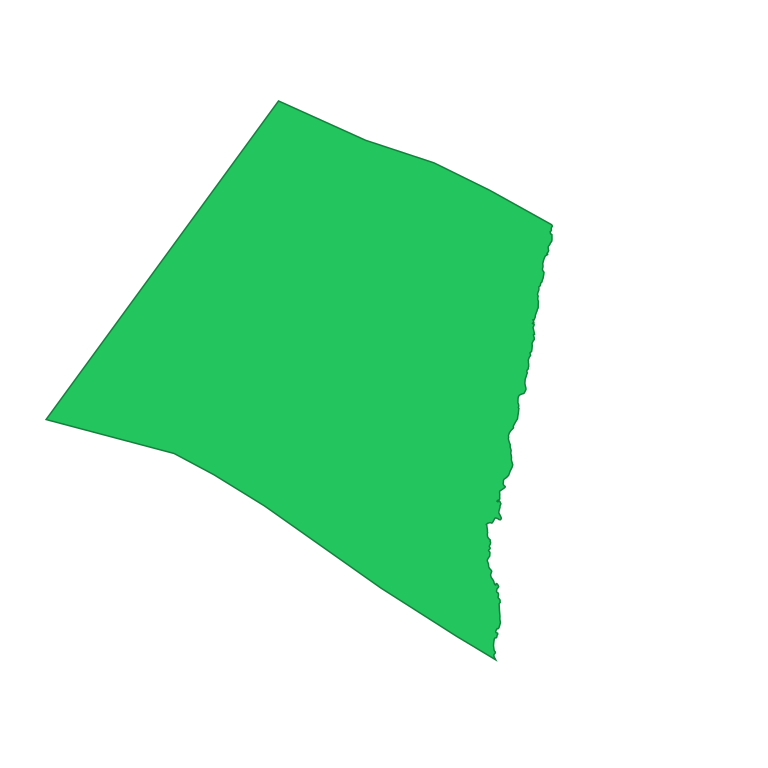 Marsa Alam, Al Bahr al Ahmar, Egypt (orthographic projection), rotated 36°
{"feature_id": "37247803B19297711577028", "entity_name": "Marsa Alam", "entity_type": "district", "adm_level": 2, "iso_a3": "EGY", "parent_name": "Egypt", "parent_adm1": "Al Bahr al Ahmar", "projection": "orthographic", "projection_center": [35.034, 24.707], "detail": "fine", "context": "isolated", "style": "filled", "palette": "green", "viewbox_px": 768, "rotation_deg": 36, "n_neighbors": 0, "source": "geoboundaries", "source_scale": "gbopen_adm2", "svg_char_len": 4610}
<svg xmlns="http://www.w3.org/2000/svg" viewBox="0 0 768 768"><g transform="rotate(36 384 384)"><path d="M636.5,541.5L636.1,541.3L635.2,540.8L634.2,540.4L633.1,539.7L632.3,538.8L632.0,538.1L632.1,537.0L632.1,536.2L631.8,535.6L631.4,535.3L630.6,535.1L629.5,534.6L626.4,531.3L625.2,529.4L624.2,527.6L623.2,525.7L623.0,524.9L623.2,524.0L624.0,523.3L624.0,522.4L623.6,521.7L623.1,520.5L623.1,519.5L622.4,518.8L621.6,519.0L620.8,519.3L619.9,518.7L619.7,518.1L619.4,517.1L619.4,515.3L620.2,514.8L620.3,513.7L619.7,511.9L618.5,508.7L617.8,507.9L616.9,507.1L615.9,506.1L614.3,503.7L612.4,501.5L610.4,499.2L607.8,496.0L606.4,494.3L606.3,493.6L606.4,492.4L605.9,491.9L605.0,490.7L604.3,490.3L603.9,490.2L603.3,490.1L602.7,490.1L601.6,489.5L601.2,488.6L600.8,487.5L600.3,486.9L599.2,486.0L597.7,486.1L596.9,485.6L596.5,484.8L595.9,483.5L595.9,482.9L596.0,482.0L596.1,481.1L595.8,480.4L594.7,479.8L593.5,479.3L592.5,479.2L592.3,479.3L592.1,479.5L592.5,480.2L592.6,480.8L592.3,481.1L591.4,481.1L590.0,480.2L588.6,479.0L587.5,478.5L585.8,477.9L584.4,477.4L583.3,476.6L582.4,475.7L582.0,474.7L581.5,472.8L581.2,472.2L580.6,471.8L579.4,471.5L577.8,471.2L576.8,470.7L576.1,470.3L574.5,468.4L573.3,467.5L572.1,466.8L571.1,465.9L570.7,463.6L570.7,461.1L568.9,458.2L568.0,457.6L566.6,457.4L566.3,456.7L566.6,455.5L566.5,454.6L566.0,454.1L564.7,453.6L564.3,452.5L564.1,451.1L563.8,450.2L563.1,449.2L562.1,448.8L561.8,447.9L561.3,447.6L560.7,447.6L560.1,447.6L558.4,447.1L557.5,446.6L555.9,444.8L555.1,443.2L554.1,442.3L553.8,441.7L553.5,441.3L551.2,439.0L550.4,438.1L549.3,437.5L549.7,436.2L549.8,435.6L550.5,434.8L551.1,433.9L551.9,433.5L552.6,433.4L553.2,432.7L553.1,430.8L552.8,428.8L552.6,427.7L552.9,426.9L553.8,426.4L555.4,426.0L556.7,426.1L557.9,425.5L558.1,424.5L557.8,423.6L557.3,423.2L554.8,421.8L552.6,420.8L551.5,418.8L551.2,417.9L550.3,415.5L549.5,414.4L549.0,412.2L548.4,411.8L547.5,411.3L546.4,410.8L545.6,410.7L545.4,411.0L545.6,411.9L545.3,412.4L544.3,412.4L544.2,411.7L544.6,410.9L545.1,410.1L545.3,409.3L545.0,408.6L543.6,406.9L542.6,405.3L541.6,404.2L540.9,403.3L540.6,402.4L541.4,400.5L542.3,397.8L542.6,396.8L542.6,396.0L542.1,395.6L541.2,395.7L539.9,395.3L538.8,394.4L538.3,393.2L537.4,392.0L537.1,390.5L537.7,388.9L538.2,387.0L538.3,386.0L538.5,384.6L537.9,382.4L537.3,380.5L536.9,377.9L536.5,375.8L535.9,374.2L535.4,373.4L534.3,372.6L532.3,371.1L531.3,370.0L530.3,368.4L528.8,366.8L527.4,365.7L526.6,364.3L525.9,363.0L524.7,362.0L523.3,361.0L522.3,359.7L521.7,358.8L520.5,358.1L518.7,356.8L517.6,355.9L516.7,355.0L516.2,353.9L515.0,352.6L514.7,351.7L514.1,349.7L514.1,346.8L514.5,344.5L514.5,343.3L514.1,342.8L513.5,342.3L513.1,340.3L512.7,336.7L512.5,333.7L511.3,331.6L510.0,329.0L509.2,327.5L508.0,325.5L507.5,324.4L506.6,324.2L506.2,323.2L506.0,322.6L505.1,321.6L503.4,320.5L501.0,317.0L500.2,315.4L500.1,313.4L500.9,311.9L501.6,310.8L502.5,309.7L502.8,308.7L502.5,307.3L502.3,305.9L502.0,304.8L500.9,303.6L499.9,302.8L498.0,301.1L497.4,300.4L496.2,298.4L495.4,297.1L494.7,294.7L494.2,293.2L493.8,292.3L493.6,291.3L493.4,290.7L492.6,290.3L491.8,289.3L491.6,288.6L491.8,287.9L491.8,287.1L491.2,286.0L490.9,285.3L490.6,284.5L490.2,284.1L489.2,282.7L488.2,281.8L487.6,280.8L486.8,280.1L486.2,278.3L485.8,276.7L485.8,274.7L485.4,274.3L483.8,273.1L483.9,272.4L484.2,271.3L484.3,271.0L483.2,268.8L481.4,265.8L479.9,264.2L479.6,262.6L479.3,260.9L479.5,259.8L478.6,258.5L477.7,257.8L476.9,257.2L476.3,256.7L475.9,256.1L476.5,255.6L476.6,255.2L475.4,254.2L472.9,252.0L471.3,250.7L471.0,248.7L470.6,247.7L470.0,247.3L469.2,247.7L468.5,247.7L468.5,246.9L469.2,246.4L469.1,246.1L468.3,245.7L467.9,244.9L466.8,244.6L467.0,244.3L467.7,243.7L467.0,240.9L466.1,239.4L465.3,236.8L464.9,235.0L464.3,233.7L464.0,231.8L463.1,230.5L461.8,228.7L460.5,226.5L459.5,225.8L458.5,225.0L457.5,223.3L457.1,222.3L455.6,221.4L454.8,219.7L454.1,217.1L453.5,216.1L452.2,214.5L452.6,212.8L452.4,211.9L452.0,211.3L451.5,210.2L451.8,208.6L451.0,206.8L450.6,205.1L448.9,201.5L447.8,199.6L445.3,198.7L444.3,197.2L443.8,195.8L442.8,194.5L441.7,193.4L440.5,190.4L439.7,187.9L439.3,185.8L439.8,184.2L440.3,183.1L439.7,182.5L439.3,182.8L439.0,181.6L439.2,180.5L438.8,179.3L436.7,177.3L436.1,176.1L436.2,173.8L435.8,172.4L435.8,169.9L435.0,168.4L434.0,167.0L433.1,165.8L432.7,165.3L432.2,164.5L431.3,164.4L430.5,164.6L429.7,163.9L428.9,163.2L429.2,162.1L429.1,161.2L428.7,160.8L427.8,159.7L427.5,158.6L427.5,157.5L426.8,156.9L426.2,156.7L425.9,156.6L355.3,165.2L294.5,175.7L226.0,197.6L132.3,217.0L131.5,611.4L255.0,563.6L299.6,557.4L358.9,552.9L501.7,550.9L590.6,545.5L636.5,541.5Z" fill="#22c55e" stroke="#15803d" stroke-width="1.5"/></g></svg>